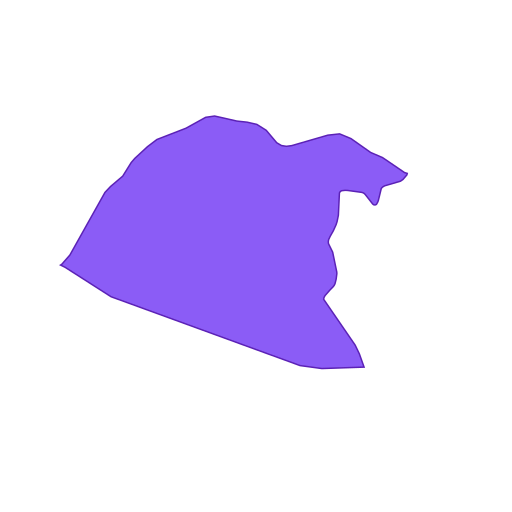 the border of Tozeur, rotated 59°
{"feature_id": "TUN-101", "entity_name": "Tozeur", "entity_type": "Governorate", "adm_level": 1, "iso_a3": "TUN", "parent_name": "Tunisia", "parent_adm1": "", "projection": "mercator", "projection_center": [7.997, 33.974], "detail": "fine", "context": "isolated", "style": "filled", "palette": "violet", "viewbox_px": 512, "rotation_deg": 59, "n_neighbors": 0, "source": "natural_earth", "source_scale": "10m", "svg_char_len": 1112}
<svg xmlns="http://www.w3.org/2000/svg" viewBox="0 0 512 512"><g transform="rotate(59 256 256)"><path d="M163.1,428.2L163.1,426.9L159.3,415.0L139.8,380.9L123.7,352.7L121.5,344.9L118.9,329.1L111.6,314.8L109.9,309.6L106.4,292.8L105.1,280.9L110.4,250.2L111.2,227.7L114.7,219.4L120.2,213.6L130.4,203.0L136.7,194.7L143.6,187.5L153.5,182.5L169.6,179.9L174.4,177.3L177.6,173.5L179.8,168.5L189.4,132.2L194.4,121.4L204.3,114.1L226.3,104.4L236.9,96.8L261.0,85.7L263.1,83.8L264.2,84.9L266.1,90.6L266.3,93.6L262.1,109.6L262.1,112.0L262.6,113.8L271.5,122.6L272.5,123.9L273.8,126.2L273.6,127.6L272.9,128.6L271.6,129.2L259.5,130.7L258.3,131.0L257.2,131.5L256.0,132.5L247.0,143.7L245.6,145.8L244.1,149.1L244.2,150.7L244.9,152.0L263.5,164.4L268.3,168.8L270.4,171.2L274.2,176.7L277.3,182.2L279.3,185.2L280.5,186.3L281.6,187.0L282.8,187.5L292.2,188.3L311.3,195.0L312.8,195.8L317.1,199.2L320.5,202.6L321.5,204.2L322.1,205.7L323.2,210.0L325.5,217.2L326.7,219.2L327.9,220.3L383.5,216.9L393.1,217.8L406.9,220.6L386.4,257.5L372.6,274.7L216.3,401.2L167.3,425.5L163.1,428.2Z" fill="#8b5cf6" stroke="#5b21b6" stroke-width="1.5"/></g></svg>